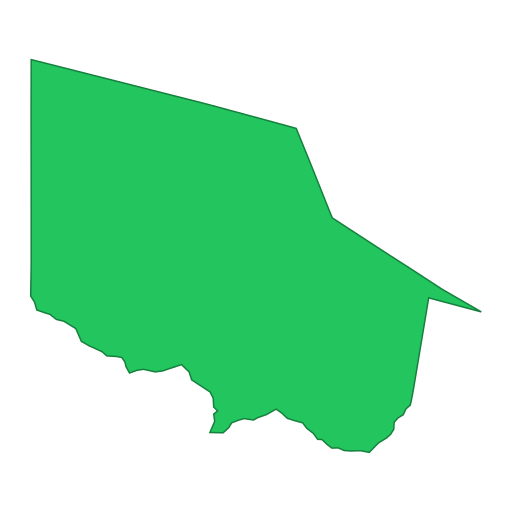 Jardim, Ceará, Brazil (Albers equal-area conic projection)
{"feature_id": "56859067B26521088745212", "entity_name": "Jardim", "entity_type": "district", "adm_level": 2, "iso_a3": "BRA", "parent_name": "Brazil", "parent_adm1": "Ceará", "projection": "albers", "projection_center": [-39.229, -7.588], "detail": "fine", "context": "isolated", "style": "filled", "palette": "green", "viewbox_px": 512, "rotation_deg": 0, "n_neighbors": 0, "source": "geoboundaries", "source_scale": "gbopen_adm2", "svg_char_len": 1170}
<svg xmlns="http://www.w3.org/2000/svg" viewBox="0 0 512 512"><path d="M30.7,296.0L34.6,302.2L36.8,310.0L44.3,312.6L50.0,314.4L56.3,319.4L63.8,321.2L75.8,328.6L81.4,341.4L89.1,345.8L102.1,351.7L106.8,355.9L116.6,356.5L121.8,357.5L124.9,362.0L126.0,366.5L129.5,373.0L137.0,370.3L143.6,369.3L155.1,371.9L162.3,371.0L181.5,364.6L189.1,371.9L191.7,379.9L210.1,392.0L213.2,398.1L213.7,407.0L217.6,410.9L213.7,414.1L214.7,421.3L209.9,432.5L223.1,432.8L228.7,427.7L231.7,422.8L238.5,420.2L244.1,418.6L253.6,420.0L257.8,417.6L266.2,414.7L276.1,409.1L281.8,413.1L287.3,418.3L294.7,420.7L302.6,422.8L307.0,428.5L313.4,433.4L317.6,439.3L322.1,439.6L326.9,444.3L331.9,448.1L338.2,447.9L344.1,450.5L350.8,451.0L356.2,450.8L361.2,450.8L369.2,452.4L374.1,447.4L378.3,443.1L382.1,440.7L386.9,437.7L390.7,434.2L393.8,429.2L394.1,422.4L398.0,417.9L403.2,414.8L406.0,408.8L410.2,405.2L411.3,400.6L413.3,390.1L428.7,297.9L481.3,311.9L442.2,289.3L431.6,282.4L409.5,268.0L388.6,254.6L345.9,226.8L332.3,217.9L330.5,213.6L309.7,161.5L296.2,128.4L288.7,126.3L207.6,104.3L87.7,73.9L31.2,59.6L31.1,109.7L31.2,229.2L31.2,264.3L30.7,296.0Z" fill="#22c55e" stroke="#15803d" stroke-width="1.5"/></svg>